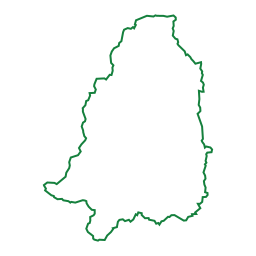 San Lorenzo, Puerto Rico
{"feature_id": "32010507B65674201186595", "entity_name": "San Lorenzo", "entity_type": "district", "adm_level": 2, "iso_a3": "PRI", "parent_name": "Puerto Rico", "parent_adm1": "", "projection": "robinson", "projection_center": [-65.979, 18.152], "detail": "fine", "context": "isolated", "style": "outline", "palette": "green", "viewbox_px": 256, "rotation_deg": 0, "n_neighbors": 0, "source": "geoboundaries", "source_scale": "gbopen_adm2", "svg_char_len": 2528}
<svg xmlns="http://www.w3.org/2000/svg" viewBox="0 0 256 256"><path d="M44.1,185.7L45.9,188.6L45.1,190.4L51.4,195.3L53.8,196.0L54.1,197.2L57.5,199.2L62.0,198.9L63.3,200.3L68.5,201.2L70.3,202.6L71.2,201.9L75.3,202.6L79.3,201.3L82.8,200.2L84.8,200.5L86.3,201.1L86.6,203.3L88.6,206.6L91.8,209.8L94.7,210.1L94.7,213.7L93.6,215.3L90.2,217.0L90.3,220.6L89.7,223.0L88.1,223.7L86.3,228.7L87.9,232.0L93.1,236.0L93.2,238.6L94.3,239.6L98.0,240.6L99.3,239.7L104.7,240.0L107.2,235.5L111.0,232.0L113.3,228.8L112.9,228.2L116.9,227.1L117.9,221.8L119.4,219.9L122.8,219.3L125.0,221.1L128.9,219.8L130.5,221.7L133.3,219.5L135.8,214.3L137.2,215.2L138.3,212.4L141.7,213.2L141.7,215.0L145.0,218.2L148.6,218.1L149.1,219.7L154.5,220.8L156.2,223.7L158.3,223.0L159.4,224.6L161.5,221.3L163.7,220.8L168.0,216.8L169.5,217.0L171.4,215.2L174.5,215.1L183.8,220.6L186.2,220.3L188.2,216.9L192.5,215.8L192.0,214.2L196.2,214.0L195.2,212.4L200.3,208.2L197.9,203.8L200.0,203.8L202.2,201.9L202.7,197.1L206.0,196.9L207.6,195.0L207.5,193.0L205.1,192.2L205.6,187.5L204.4,184.6L203.9,181.1L205.5,178.7L205.1,175.6L203.5,172.4L204.4,169.6L205.7,165.7L204.9,164.3L206.4,162.7L205.6,160.9L206.7,156.0L206.2,154.2L207.3,152.6L211.5,152.2L212.1,149.5L210.4,147.5L206.2,146.5L204.9,147.6L204.1,144.4L202.4,142.1L201.7,140.7L202.9,138.9L202.1,126.5L197.6,113.8L199.4,112.1L200.4,111.0L200.2,107.6L198.7,104.9L199.4,99.1L198.9,90.8L202.1,91.8L203.6,91.7L202.9,87.6L203.8,84.7L203.0,82.6L201.0,80.9L202.8,74.9L201.9,73.2L202.2,71.4L200.3,68.6L201.2,63.9L201.0,62.2L195.4,63.7L193.4,61.2L191.4,59.1L190.3,57.1L187.6,54.4L186.0,55.2L184.7,51.3L178.4,45.2L177.5,43.8L178.2,42.2L177.4,39.3L175.4,38.7L172.8,35.6L173.7,31.0L172.7,28.4L173.7,26.0L173.4,21.5L175.8,19.7L175.7,17.5L173.5,15.5L167.1,16.7L163.5,15.9L156.8,15.8L155.4,15.4L153.5,16.5L146.9,15.8L136.0,20.3L134.9,24.4L135.8,25.0L134.1,28.3L133.0,27.1L130.9,28.8L127.7,28.1L124.1,29.7L123.1,32.2L121.4,41.2L119.2,43.0L118.7,45.9L114.8,47.9L114.1,48.2L111.8,51.5L110.4,55.5L111.1,62.9L113.4,65.3L112.4,67.6L112.7,70.8L111.5,75.0L109.7,74.8L106.1,79.5L104.4,78.4L96.6,78.8L94.4,84.3L94.1,86.2L95.8,89.5L94.7,92.8L89.6,93.1L90.1,95.6L88.2,100.2L86.2,101.0L85.4,105.2L82.7,108.2L82.9,108.9L82.9,111.7L85.6,119.0L85.0,121.3L83.0,122.6L81.7,126.5L83.1,130.4L83.3,132.5L83.7,133.7L84.3,136.1L86.1,138.2L85.2,140.3L81.4,144.4L79.0,148.0L80.7,151.5L78.0,155.2L70.8,157.5L69.2,162.2L69.8,165.4L69.2,168.1L66.3,172.7L65.6,176.7L56.7,184.1L54.5,182.9L47.3,182.5L43.9,185.1L44.1,185.7Z" fill="none" stroke="#15803d" stroke-width="2"/></svg>